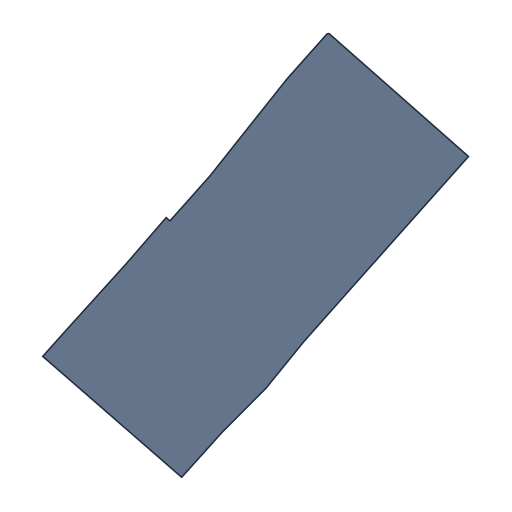 outline of Poinsett, Arkansas, United States of America, rotated 131°
{"feature_id": "52423323B19097717333078", "entity_name": "Poinsett", "entity_type": "district", "adm_level": 2, "iso_a3": "USA", "parent_name": "United States of America", "parent_adm1": "Arkansas", "projection": "mercator", "projection_center": [-90.606, 35.574], "detail": "fine", "context": "isolated", "style": "filled", "palette": "slate", "viewbox_px": 512, "rotation_deg": 131, "n_neighbors": 0, "source": "geoboundaries", "source_scale": "gbopen_adm2", "svg_char_len": 396}
<svg xmlns="http://www.w3.org/2000/svg" viewBox="0 0 512 512"><g transform="rotate(131 256 256)"><path d="M348.1,348.9L440.7,350.7L471.7,351.1L471.7,280.6L471.7,274.6L471.8,166.9L411.5,165.9L349.1,161.7L289.4,163.7L227.0,163.1L41.5,160.9L40.2,346.8L41.8,348.1L102.1,348.8L163.8,346.1L225.5,343.3L286.0,344.0L285.9,349.0L348.1,348.9Z" fill="#64748b" stroke="#1e293b" stroke-width="1.5"/></g></svg>